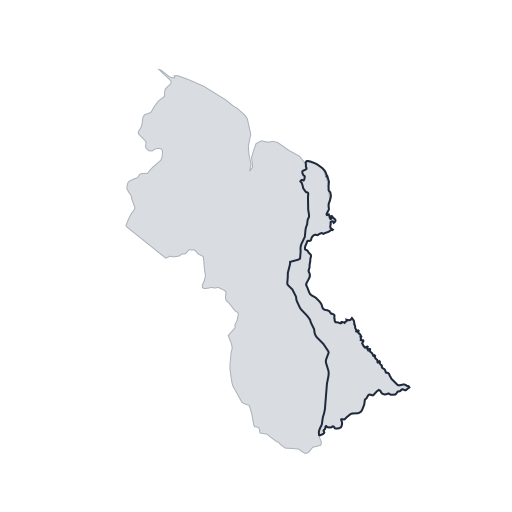 where East Berbice-Corentyne sits in Guyana, rotated 347°
{"feature_id": "GUY-671", "entity_name": "East Berbice-Corentyne", "entity_type": "Region", "adm_level": 1, "iso_a3": "GUY", "parent_name": "Guyana", "parent_adm1": "", "projection": "robinson", "projection_center": [-57.523, 3.897], "detail": "fine", "context": "in_parent", "style": "outline", "palette": "slate", "viewbox_px": 512, "rotation_deg": 347, "n_neighbors": 0, "source": "natural_earth", "source_scale": "10m", "svg_char_len": 9626}
<svg xmlns="http://www.w3.org/2000/svg" viewBox="0 0 512 512"><g transform="rotate(347 256 256)"><path d="M167.7,237.9L157.4,224.9L147.0,211.7L136.8,198.8L136.1,197.1L140.4,191.0L144.2,186.5L147.4,184.0L148.9,181.8L147.8,172.4L147.9,169.0L146.4,165.3L145.3,161.1L146.6,157.6L148.2,155.2L150.2,154.3L154.9,153.4L158.3,153.1L159.5,151.7L161.5,150.1L164.0,150.0L169.0,151.1L171.3,149.0L175.5,146.2L184.8,141.3L186.9,138.1L188.4,133.2L188.2,130.9L187.3,130.0L185.0,129.2L181.4,129.1L178.6,130.3L175.7,129.6L173.2,126.6L173.1,124.1L174.5,120.5L173.7,118.2L169.0,110.7L169.1,108.6L172.5,105.3L174.4,102.4L177.0,95.5L179.1,93.3L185.6,92.5L187.3,91.0L190.6,87.4L195.5,83.2L202.6,79.9L204.6,73.9L205.9,72.3L211.6,69.1L212.5,67.4L212.4,66.0L203.4,52.5L205.2,53.4L212.2,62.2L216.1,64.1L216.9,64.1L216.9,61.9L220.5,62.8L229.7,68.8L243.2,78.8L262.1,97.6L267.5,104.7L271.1,108.1L276.8,116.3L278.4,120.3L278.3,136.2L273.3,147.0L272.0,155.1L271.7,165.9L268.8,172.0L272.7,168.7L273.9,158.9L277.2,153.0L281.4,146.5L287.1,145.0L293.3,147.8L298.2,148.2L302.6,150.2L311.8,160.5L320.9,168.7L324.1,175.3L333.7,178.6L339.4,183.8L341.2,188.3L342.4,200.1L340.5,217.8L341.0,218.7L338.4,222.2L338.0,224.4L336.3,228.4L335.0,230.5L336.9,235.4L339.0,235.6L339.9,236.3L340.4,237.2L340.3,238.3L339.5,239.2L337.4,240.4L335.4,243.2L335.6,246.3L334.4,248.0L330.4,248.8L322.6,248.8L318.8,249.1L315.8,249.6L313.8,251.6L311.2,253.0L309.3,253.4L307.5,255.7L305.7,259.0L306.3,261.3L308.1,264.4L309.2,267.5L307.8,272.5L306.3,276.4L305.4,279.4L304.1,285.1L301.1,291.4L299.0,295.0L299.0,298.9L300.1,304.4L306.2,312.4L308.2,316.3L309.8,322.4L315.3,327.3L318.8,331.2L318.5,336.4L318.9,338.0L321.1,339.3L323.7,340.3L326.6,340.3L329.1,339.8L329.7,339.1L335.7,339.0L336.4,340.3L336.7,347.8L337.0,350.8L338.4,352.0L339.2,353.8L339.3,355.5L339.6,359.7L340.4,361.9L340.3,366.4L340.9,368.0L342.6,369.1L344.6,372.3L345.4,372.7L345.8,373.8L347.6,378.4L348.5,379.8L349.1,380.0L349.4,381.5L350.7,385.8L351.6,386.8L353.2,390.0L353.9,393.4L356.1,397.2L358.4,399.9L359.4,402.7L362.2,408.9L365.0,413.3L368.8,414.4L371.9,415.0L373.9,416.7L375.9,418.5L373.8,419.3L371.9,420.4L369.3,419.6L365.7,420.0L362.0,421.2L358.5,421.9L352.1,419.9L350.1,419.6L348.7,418.8L346.0,415.0L344.7,414.5L341.3,416.3L337.1,417.5L335.0,417.3L332.6,418.6L330.4,420.3L326.1,427.8L323.9,430.4L321.5,431.7L316.7,431.6L311.6,431.9L307.8,433.7L304.3,434.6L302.5,434.8L301.9,438.9L301.1,440.8L300.0,441.9L297.2,442.2L294.7,442.0L293.2,440.3L290.4,439.5L287.9,438.9L286.3,437.9L285.0,438.1L283.9,439.8L283.0,441.3L282.3,444.0L278.5,444.8L276.9,446.4L277.8,451.4L277.4,453.4L276.6,454.9L272.1,455.2L268.2,455.1L265.9,457.0L263.1,459.1L261.5,459.5L259.5,459.4L256.8,456.9L254.3,453.8L247.8,451.6L241.4,449.8L237.2,444.9L236.2,442.5L234.3,441.5L229.3,435.6L226.5,431.9L223.6,430.9L220.1,429.3L220.3,426.6L220.1,424.0L218.6,422.9L216.5,422.2L215.8,420.8L216.0,417.4L216.4,408.5L215.8,400.1L211.2,397.2L209.3,395.2L205.8,382.7L204.1,377.1L204.1,372.9L205.2,360.4L206.5,355.0L210.1,344.2L212.1,340.5L212.3,337.8L212.1,334.3L211.0,327.3L217.0,323.0L219.6,321.1L220.0,318.2L223.2,314.5L224.7,310.9L225.8,308.2L225.5,306.7L224.1,305.8L222.5,303.2L219.0,295.6L217.8,294.1L216.7,291.9L217.2,288.6L218.6,284.9L218.4,283.4L216.3,281.4L212.1,278.1L208.5,277.9L205.8,276.7L201.7,276.5L198.5,276.2L196.7,274.9L197.0,272.9L197.8,271.4L200.6,267.6L202.4,263.5L202.6,259.5L203.2,254.2L204.0,249.7L204.4,244.5L200.1,241.1L198.8,238.3L197.0,235.9L195.1,235.9L192.2,234.8L187.6,238.0L184.0,237.4L181.5,238.7L175.8,238.4L172.1,236.8L167.7,237.9Z" fill="#d9dde1" stroke="#a8b0b8" stroke-width="1"/><path d="M335.5,338.0L336.7,340.8L336.8,341.6L336.7,343.5L336.7,343.9L336.3,344.6L336.4,345.0L336.7,345.5L336.8,346.2L336.8,346.8L336.5,348.0L336.5,348.6L336.6,349.2L337.1,350.5L337.0,351.2L336.7,351.6L336.6,352.0L337.1,352.4L337.6,352.5L338.1,352.4L338.8,351.7L338.9,351.9L339.1,352.0L338.4,353.7L338.8,354.7L339.7,355.5L340.1,356.8L340.5,358.3L340.3,358.5L339.6,358.5L339.7,360.3L339.1,361.5L339.7,361.9L341.3,362.1L341.6,362.9L341.0,363.7L340.3,364.4L339.8,365.0L340.5,367.8L340.7,368.4L341.1,368.6L341.4,369.7L342.0,369.9L342.5,369.8L343.5,369.3L344.0,369.2L344.4,369.5L343.5,371.5L343.9,372.6L344.0,372.4L345.7,372.1L346.2,372.4L346.1,373.0L345.5,374.3L345.8,375.0L347.0,376.5L347.5,377.5L347.8,379.7L348.2,380.0L349.2,379.4L349.6,380.1L349.2,381.5L349.2,382.4L349.5,382.9L350.7,384.5L350.8,384.9L350.5,386.8L350.8,387.3L351.5,387.0L352.5,386.2L352.9,386.7L352.9,387.3L352.6,387.9L352.5,388.5L352.7,389.2L352.9,389.7L353.7,390.6L354.0,391.1L353.9,391.7L353.6,392.5L353.9,393.5L355.7,395.2L356.2,396.5L356.2,398.4L356.4,398.9L356.9,399.2L358.0,399.4L358.4,399.7L359.1,400.8L359.5,403.2L359.9,404.4L360.3,406.1L365.0,413.6L366.3,414.3L371.1,414.3L373.0,415.4L373.2,415.9L373.6,416.3L374.0,416.6L375.0,416.9L375.4,417.3L375.7,417.9L375.9,418.5L373.6,419.5L372.1,420.4L371.4,420.5L370.6,420.1L369.9,419.5L369.1,418.9L368.2,418.8L367.4,419.1L366.7,419.7L366.0,420.1L365.0,420.1L364.1,419.9L363.4,420.1L361.3,422.0L360.7,422.3L360.0,422.3L356.5,421.6L355.9,421.4L355.1,420.6L354.8,420.1L354.4,419.8L353.3,419.8L351.7,420.0L350.9,420.0L350.0,419.8L348.7,419.0L347.8,418.2L347.2,417.0L346.9,415.4L345.5,414.1L343.1,415.2L338.9,418.1L337.9,417.9L336.1,416.7L334.9,416.5L333.9,417.0L333.1,417.8L332.5,418.6L331.8,419.4L330.7,420.0L330.0,420.3L329.6,420.8L328.3,424.5L327.8,425.5L324.6,430.1L323.1,431.4L320.8,432.1L319.3,432.1L315.2,431.2L313.4,431.1L311.9,431.6L307.9,433.6L306.3,434.7L305.5,435.1L304.6,435.0L303.2,434.4L302.4,434.2L302.1,434.6L302.2,435.5L302.4,437.2L302.3,438.2L302.0,439.2L301.1,441.0L300.3,442.0L298.3,442.5L296.0,442.4L294.4,441.9L294.0,441.5L293.7,440.2L293.3,439.7L292.5,439.2L292.0,439.3L291.5,439.7L290.9,439.9L290.0,439.8L288.9,439.6L287.9,439.3L287.0,438.8L286.7,438.4L286.2,437.5L286.0,437.4L285.4,437.8L284.8,439.3L284.5,440.0L284.0,440.3L282.9,440.9L282.6,441.3L282.5,441.8L282.8,443.0L282.8,443.5L281.4,444.5L277.2,445.3L277.1,445.5L277.5,442.2L277.9,440.9L279.6,438.2L281.7,435.7L282.3,434.8L284.8,428.3L286.8,424.8L288.6,421.0L296.4,396.4L299.7,389.0L300.3,387.1L300.6,386.0L300.7,384.9L300.7,383.3L300.2,376.1L300.2,375.3L300.4,374.1L301.1,372.5L305.0,366.6L305.1,366.2L305.0,365.1L301.9,356.9L296.8,348.6L296.2,346.9L295.9,345.3L295.8,343.8L296.1,341.2L296.1,340.2L294.4,332.8L294.4,331.5L294.3,330.3L294.0,329.5L292.4,325.8L287.9,318.2L287.5,317.3L287.1,316.1L285.6,309.0L285.5,307.3L285.8,305.7L285.8,304.5L283.9,296.8L280.9,292.1L280.2,290.6L280.4,289.4L282.3,283.4L283.2,279.7L287.4,271.4L287.9,269.4L296.1,269.1L297.6,268.8L298.4,268.3L300.4,262.0L301.1,258.5L301.9,256.3L303.1,254.3L307.9,248.3L310.3,241.1L311.3,239.1L312.9,236.7L314.1,233.2L314.9,231.7L316.4,229.9L316.7,229.0L316.9,227.8L317.3,222.5L319.9,210.2L320.8,207.6L320.9,207.2L320.9,206.2L320.1,205.4L319.4,205.3L318.7,204.3L317.2,200.6L317.3,198.7L317.1,196.1L316.9,194.8L316.0,193.3L316.6,192.6L317.7,192.2L318.0,192.2L318.2,192.3L319.1,193.1L319.4,193.1L319.6,193.0L320.1,192.5L321.1,190.5L321.4,189.3L321.2,188.8L320.4,188.1L320.3,187.8L319.9,186.0L319.9,185.2L320.0,184.5L320.4,183.8L320.7,183.6L321.5,183.4L323.5,183.0L324.2,182.8L324.7,182.5L324.9,182.2L325.0,181.8L325.0,181.5L324.7,180.3L324.9,179.3L325.2,178.7L325.1,178.3L325.3,177.2L325.3,176.2L325.9,175.5L326.4,175.1L326.6,174.9L326.8,174.9L327.7,175.0L328.8,175.4L330.6,176.4L332.7,177.8L334.4,179.0L336.4,180.7L340.4,185.3L341.4,187.0L342.4,189.0L342.8,191.2L342.9,192.6L343.1,193.3L343.4,193.8L343.5,194.3L343.5,194.9L342.8,193.8L342.4,193.4L343.6,196.1L343.6,197.3L343.8,200.2L343.0,202.2L342.8,203.2L342.2,204.8L342.2,205.9L341.7,207.3L341.6,208.6L342.7,210.7L342.6,213.7L342.1,215.4L341.5,216.6L340.9,217.8L338.4,221.8L338.4,222.2L338.0,223.4L337.8,224.3L337.8,225.5L337.6,226.7L337.1,227.6L334.7,230.3L334.3,230.9L334.1,231.5L334.3,232.1L334.8,232.1L335.5,231.7L336.0,231.9L336.3,231.8L336.4,232.0L336.5,235.9L336.6,236.3L336.8,236.6L337.3,236.7L337.7,236.7L338.0,236.4L338.1,236.1L337.6,235.4L337.4,234.9L337.5,234.3L337.9,234.1L338.4,234.0L338.9,234.2L339.1,234.5L339.5,235.6L341.1,237.8L341.5,238.9L341.3,239.7L340.7,240.4L339.9,240.9L339.1,241.2L338.9,240.1L338.5,239.5L337.8,239.3L337.0,239.3L336.4,239.6L336.1,240.4L335.8,242.0L335.0,243.8L334.9,244.5L334.8,245.2L335.1,245.8L336.8,247.6L336.3,248.0L335.9,247.9L335.6,247.7L335.1,247.6L334.4,247.8L333.1,248.4L331.9,248.8L328.0,249.2L327.2,249.5L326.6,249.6L326.3,249.4L325.5,248.6L325.2,248.4L324.0,248.5L322.9,248.7L320.7,249.6L318.8,248.6L317.0,248.7L315.3,249.7L314.0,251.1L313.3,252.7L312.7,253.2L311.5,253.4L310.9,253.2L310.4,253.0L310.0,252.8L309.4,253.0L309.0,253.4L308.0,255.2L306.4,257.2L305.7,258.5L305.3,260.4L305.7,261.1L306.5,261.6L307.3,262.2L308.0,264.5L309.3,266.4L309.7,267.4L309.6,268.4L309.2,269.4L308.4,270.8L307.6,273.6L306.8,275.2L305.9,277.7L305.5,279.5L304.5,280.9L304.0,281.8L303.8,282.8L303.9,283.7L304.2,284.5L304.3,285.4L304.2,286.8L303.9,287.9L303.4,288.9L299.1,293.8L298.4,295.0L298.4,296.1L299.0,298.5L299.6,303.2L300.1,305.2L301.3,306.9L304.5,309.7L305.3,310.8L307.8,314.9L308.8,317.4L309.0,318.5L309.1,321.0L309.4,322.2L310.0,323.2L310.8,323.8L313.2,324.9L315.1,326.2L315.2,326.6L315.5,327.6L315.9,328.4L316.0,328.8L316.2,329.1L316.4,329.2L317.0,329.3L317.1,329.5L318.3,330.2L319.1,331.3L319.0,332.2L318.3,333.9L318.4,334.9L318.1,336.8L318.2,337.3L318.4,338.0L318.5,338.3L318.8,338.5L319.2,338.7L320.6,339.0L322.9,340.5L323.5,340.7L323.9,340.6L324.4,339.5L325.0,339.6L325.9,340.3L326.7,340.4L327.0,340.6L327.3,341.1L327.6,340.9L328.1,340.3L329.5,339.9L329.8,339.4L329.8,338.4L331.3,339.2L332.6,339.6L333.9,339.4L335.5,338.0Z" fill="none" stroke="#1e293b" stroke-width="2"/></g></svg>